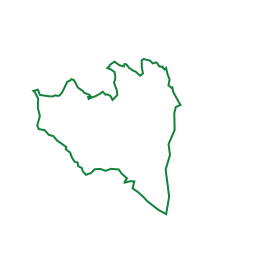 outline of Agios Dimitrios, Limassol, Cyprus, rotated 49°
{"feature_id": "46923920B1623622106309", "entity_name": "Agios Dimitrios", "entity_type": "district", "adm_level": 2, "iso_a3": "CYP", "parent_name": "Cyprus", "parent_adm1": "Limassol", "projection": "orthographic", "projection_center": [32.808, 34.92], "detail": "fine", "context": "isolated", "style": "outline", "palette": "green", "viewbox_px": 256, "rotation_deg": 49, "n_neighbors": 0, "source": "geoboundaries", "source_scale": "gbopen_adm2", "svg_char_len": 1638}
<svg xmlns="http://www.w3.org/2000/svg" viewBox="0 0 256 256"><g transform="rotate(49 128 128)"><path d="M38.0,175.0L39.9,174.8L43.5,175.7L47.1,176.7L49.7,179.3L54.2,183.2L58.7,185.3L61.3,186.9L66.4,194.7L70.2,196.1L75.0,192.3L81.1,192.3L85.3,189.6L90.8,189.8L99.1,187.7L101.8,187.0L103.0,188.9L108.6,187.8L113.5,189.7L118.4,190.4L121.0,188.7L123.9,190.6L128.0,189.1L130.9,190.5L135.7,190.5L137.7,185.5L137.3,180.2L140.8,175.7L145.5,173.1L147.8,167.5L153.2,162.2L157.9,162.7L165.4,161.8L166.3,165.7L167.0,166.4L169.6,161.3L172.4,158.3L176.6,164.1L182.6,162.6L190.2,161.6L195.9,161.5L209.9,158.7L218.0,155.7L206.8,142.0L184.0,126.8L175.9,114.0L166.8,108.0L160.1,94.1L147.1,83.3L143.5,78.0L145.1,73.4L130.7,70.3L126.6,68.1L126.7,68.8L122.4,69.5L118.6,64.7L113.4,62.9L110.0,61.1L107.6,59.9L107.9,62.0L105.1,62.3L104.4,61.6L102.3,63.9L100.3,63.7L97.1,63.6L96.0,65.9L95.5,66.9L91.5,67.2L88.6,69.3L86.2,71.0L85.8,73.0L87.8,75.0L89.0,75.9L91.0,77.6L94.3,79.6L96.6,80.9L96.5,84.5L90.3,85.3L88.7,86.3L83.3,87.8L79.1,87.4L77.4,88.6L78.8,90.7L74.9,93.4L69.2,94.6L68.7,97.1L68.5,100.4L69.2,101.3L69.2,104.3L72.1,102.7L76.8,101.4L80.9,103.9L83.0,105.9L84.4,108.6L87.8,110.1L92.0,111.6L93.4,112.5L96.1,114.4L96.7,121.3L92.6,120.2L89.4,121.3L88.1,123.1L84.1,123.3L83.8,126.4L82.7,131.7L80.8,136.3L80.3,138.5L78.4,137.9L79.4,135.4L77.3,135.4L75.6,136.5L72.3,138.0L70.3,137.8L65.1,139.2L64.1,139.2L59.7,138.1L56.3,137.4L54.0,138.7L54.2,140.3L53.3,143.6L55.7,149.1L58.0,154.6L58.6,158.2L57.9,159.7L55.5,161.6L55.1,163.5L53.4,165.7L51.2,167.7L50.3,168.4L48.0,170.5L45.1,172.8L40.0,170.8L38.0,175.0Z" fill="none" stroke="#15803d" stroke-width="2"/></g></svg>